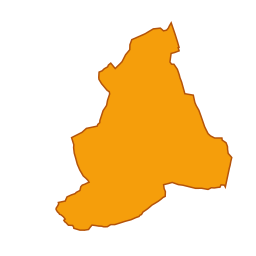 Ankpa, Kogi, Nigeria, rotated 344°
{"feature_id": "59680162B11863934245151", "entity_name": "Ankpa", "entity_type": "district", "adm_level": 2, "iso_a3": "NGA", "parent_name": "Nigeria", "parent_adm1": "Kogi", "projection": "albers", "projection_center": [7.59, 7.498], "detail": "fine", "context": "isolated", "style": "filled", "palette": "amber", "viewbox_px": 256, "rotation_deg": 344, "n_neighbors": 0, "source": "geoboundaries", "source_scale": "gbopen_adm2", "svg_char_len": 2071}
<svg xmlns="http://www.w3.org/2000/svg" viewBox="0 0 256 256"><g transform="rotate(344 128 128)"><path d="M71.1,121.7L71.3,129.2L70.3,131.9L69.4,137.4L69.4,143.1L69.3,148.8L70.1,155.1L71.8,161.8L73.7,164.7L75.1,167.3L75.6,169.4L73.2,169.7L71.2,170.1L68.3,170.3L66.4,171.5L64.6,174.8L60.6,175.6L59.0,176.5L55.2,176.7L50.4,177.4L47.5,180.9L40.5,180.4L40.5,181.2L40.4,181.9L38.9,183.5L36.8,185.3L36.4,186.6L37.1,189.1L38.1,190.8L38.4,192.0L39.8,193.1L41.5,195.6L42.5,198.3L40.9,199.0L41.3,200.6L42.2,201.7L43.9,205.0L47.9,206.4L48.4,208.3L48.3,209.5L53.6,212.9L58.0,214.2L62.1,214.7L64.0,213.2L66.6,211.4L69.9,212.8L72.8,214.2L75.5,215.1L77.5,216.3L80.9,217.2L84.7,216.1L88.7,217.2L93.2,217.1L99.5,216.9L105.6,217.0L110.7,216.3L114.2,216.1L115.5,215.1L117.1,214.9L119.2,212.9L124.5,211.1L130.0,208.6L133.2,207.8L136.8,206.8L140.0,205.6L142.6,204.4L144.9,204.0L146.4,199.5L146.0,196.2L146.6,192.3L151.4,192.5L155.5,192.5L160.8,196.3L165.0,198.1L167.4,199.5L176.3,204.6L182.1,206.2L188.0,209.1L191.6,208.4L194.4,209.4L198.3,209.9L200.0,210.3L201.8,208.3L204.9,209.5L205.3,211.5L206.0,210.2L206.5,209.3L214.3,194.6L215.9,191.9L216.7,190.3L217.8,188.1L219.6,185.0L217.3,180.0L217.8,176.1L218.5,173.3L218.2,169.3L215.2,165.6L215.5,163.5L208.5,161.5L205.1,158.3L203.4,155.5L202.6,151.3L202.0,147.9L201.4,136.4L201.0,130.5L199.7,125.2L199.3,121.8L199.6,117.3L199.8,114.4L192.1,110.7L192.2,98.7L191.8,94.1L191.9,91.1L191.8,88.3L191.6,85.1L189.7,79.4L187.4,78.6L186.5,76.1L190.0,68.2L193.6,68.3L198.4,67.9L198.4,64.5L199.3,64.5L199.3,58.7L199.1,50.9L198.5,38.8L196.0,41.2L194.2,43.2L192.0,44.6L188.9,44.4L186.6,40.9L179.6,39.7L170.1,42.2L156.0,44.1L152.8,48.5L151.3,53.2L145.9,56.9L140.6,62.6L138.4,63.9L132.1,67.3L129.3,60.9L126.5,62.1L125.3,63.6L121.5,64.5L118.9,65.9L115.6,66.3L114.6,69.1L113.8,71.5L113.5,73.3L114.8,78.1L118.3,86.0L120.0,88.0L119.8,90.2L117.8,93.1L116.0,95.7L113.9,99.9L113.3,100.7L109.4,104.0L108.9,104.4L106.0,108.7L103.1,113.0L102.3,115.1L100.0,116.2L98.8,117.7L87.9,116.9L82.6,119.5L71.1,121.7Z" fill="#f59e0b" stroke="#b45309" stroke-width="1.5"/></g></svg>